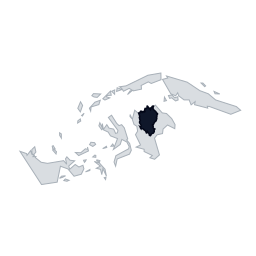 Kalimantan Tengah on a map of Indonesia (Equal Earth projection), rotated 146°
{"feature_id": "IDN-1931", "entity_name": "Kalimantan Tengah", "entity_type": "Province", "adm_level": 1, "iso_a3": "IDN", "parent_name": "Indonesia", "parent_adm1": "", "projection": "equal_earth", "projection_center": [113.429, -1.416], "detail": "fine", "context": "in_parent", "style": "filled", "palette": "ink", "viewbox_px": 256, "rotation_deg": 146, "n_neighbors": 0, "source": "natural_earth", "source_scale": "10m", "svg_char_len": 7687}
<svg xmlns="http://www.w3.org/2000/svg" viewBox="0 0 256 256"><g transform="rotate(146 128 128)"><path d="M89.6,101.3L93.6,108.4L99.5,107.5L102.5,104.1L107.7,106.1L111.7,104.8L117.0,88.1L123.4,87.2L126.5,91.1L123.2,91.6L127.8,99.5L126.5,101.3L131.9,107.6L127.1,106.9L125.5,118.3L121.8,120.0L119.7,124.5L121.0,127.6L119.6,132.7L112.5,139.0L110.9,133.3L108.1,134.7L105.0,131.5L99.7,135.2L99.0,131.2L92.5,131.7L91.2,121.4L88.0,118.5L86.5,111.4L87.1,104.5L89.6,101.3ZM24.7,79.7L35.1,81.9L48.5,100.3L50.1,101.7L50.8,99.9L59.8,110.1L57.6,112.3L62.7,111.9L61.6,117.1L65.8,119.9L68.0,126.4L67.1,129.4L70.5,128.1L73.4,132.5L72.2,149.0L67.1,147.2L67.0,149.6L53.3,132.9L47.5,118.7L42.3,111.5L39.7,102.3L26.2,85.2L24.7,79.7ZM231.3,129.5L230.6,169.1L226.4,163.5L227.0,161.8L221.4,163.7L222.4,159.8L220.9,157.7L221.4,157.4L222.3,157.6L222.8,157.4L220.3,155.8L221.4,155.4L219.2,148.2L214.5,143.7L199.6,136.9L199.1,132.2L197.0,137.4L194.8,138.3L194.1,133.7L190.6,130.6L198.4,129.6L199.5,126.4L192.2,127.3L190.5,123.1L186.2,122.3L187.4,118.8L192.6,115.8L199.7,118.2L200.7,127.7L205.4,134.1L217.0,122.7L231.3,129.5ZM158.6,107.6L153.5,111.8L139.1,110.4L137.4,112.0L136.8,117.0L139.5,122.0L143.7,118.7L152.1,118.4L142.6,125.1L146.9,131.3L146.7,135.7L149.5,140.4L143.7,142.6L143.8,138.5L140.5,135.1L141.3,130.4L139.5,129.9L137.7,131.6L138.4,147.7L134.5,147.8L134.8,138.2L134.1,135.0L131.4,134.3L131.0,130.2L134.3,119.1L135.8,118.9L135.3,114.2L137.7,107.7L141.4,105.5L154.3,108.4L159.6,103.3L158.6,107.6ZM73.6,149.6L83.8,151.9L85.4,154.9L93.3,155.9L95.1,152.7L102.8,155.8L104.9,160.2L111.2,161.0L111.1,164.7L112.0,166.9L106.0,164.0L82.0,160.6L70.0,155.2L73.6,149.6ZM171.5,108.4L175.8,104.0L173.9,109.1L176.8,112.3L172.2,111.8L174.6,119.1L171.3,115.1L170.1,106.7L172.8,100.2L171.5,108.4ZM173.6,131.1L184.3,132.7L185.3,137.1L181.0,133.9L175.0,134.6L173.3,132.8L172.2,134.9L173.6,131.1ZM148.9,166.0L141.0,167.9L135.5,166.5L139.1,163.7L146.8,166.1L149.5,162.9L148.9,166.0ZM126.3,163.2L131.5,164.1L132.5,166.3L121.9,168.4L123.6,164.5L127.2,166.7L128.4,165.9L126.3,163.2ZM158.5,168.0L158.6,172.4L152.7,176.3L153.0,172.1L158.5,168.0ZM73.4,123.8L74.9,128.6L76.9,129.3L76.3,132.3L73.2,130.8L72.3,126.9L69.3,126.1L70.8,123.2L73.4,123.8ZM219.8,163.9L215.8,164.6L217.8,159.6L221.0,158.6L221.9,160.4L219.8,163.9ZM136.4,170.6L138.8,172.7L139.9,175.0L137.4,175.8L131.7,171.5L136.4,170.6ZM167.5,132.4L169.2,135.7L166.7,136.9L163.9,134.5L164.0,132.5L167.5,132.4ZM111.5,163.3L117.0,164.7L114.5,167.4L111.5,163.3ZM120.2,163.5L121.0,167.6L117.7,167.0L120.2,163.5ZM83.2,130.0L80.5,133.2L80.8,129.2L83.2,130.0ZM202.2,146.7L202.8,151.9L201.6,152.2L200.5,148.4L202.2,146.7ZM109.7,156.0L105.5,157.6L103.6,156.7L109.7,156.0ZM150.8,141.3L150.9,146.1L148.4,148.1L149.4,141.7L150.8,141.3ZM32.9,104.9L36.7,107.7L36.2,110.2L32.9,104.9ZM42.3,124.4L40.8,123.4L40.1,119.5L41.3,119.4L42.3,124.4ZM187.4,162.3L186.6,160.4L188.9,156.9L188.8,160.0L187.4,162.3ZM183.4,114.1L187.8,115.4L182.8,114.9L183.4,114.1ZM156.5,123.7L160.5,125.1L156.1,124.9L156.5,123.7ZM148.9,143.7L146.8,146.0L148.7,141.7L148.9,143.7ZM206.1,117.6L208.4,118.0L210.6,120.3L208.5,120.8L206.1,117.6ZM167.0,160.3L165.5,162.0L162.5,162.2L163.3,160.2L167.0,160.3ZM202.0,152.8L201.0,155.3L199.9,155.2L200.1,151.3L202.0,152.8ZM173.4,123.7L170.7,124.1L170.0,123.3L171.1,121.7L173.4,123.7ZM206.5,123.3L209.8,123.7L212.9,124.6L209.9,125.2L206.5,123.3ZM149.7,120.8L152.4,122.4L149.6,123.3L149.7,120.8ZM175.5,100.1L173.7,99.6L175.4,97.8L175.5,100.1ZM156.1,164.8L159.1,163.4L159.5,164.3L156.1,164.8ZM183.3,123.9L182.9,126.1L180.5,125.0L181.7,124.3L183.3,123.9ZM119.9,136.5L118.7,138.0L119.6,133.4L119.9,136.5ZM170.7,115.6L172.2,118.5L171.6,119.0L169.5,116.7L170.7,115.6Z" fill="#d9dde1" stroke="#a8b0b8" stroke-width="1"/><path d="M110.8,134.5L110.7,134.5L110.6,134.4L110.6,134.2L110.8,134.0L110.9,133.6L111.0,133.4L111.0,133.2L110.9,133.4L110.7,133.8L110.5,134.1L110.2,134.2L109.9,134.0L109.9,133.8L109.9,133.2L109.8,133.4L109.8,133.6L109.6,134.1L109.3,134.2L109.2,134.3L108.9,134.5L108.6,134.7L108.1,134.8L107.7,134.7L107.7,134.2L107.8,134.0L107.8,133.7L107.8,133.4L107.7,133.0L107.6,132.9L107.2,132.9L107.1,133.0L106.9,133.1L106.9,133.3L106.5,133.4L106.4,133.3L106.4,133.1L106.3,132.9L106.2,132.9L106.4,133.4L106.5,133.5L106.2,133.2L105.9,132.9L105.8,132.7L105.7,132.4L105.5,132.2L105.3,132.1L105.0,131.4L105.0,131.8L105.0,132.1L104.9,132.2L104.6,132.4L104.6,132.5L104.7,132.8L104.8,132.8L105.0,132.8L103.4,134.3L103.2,134.4L103.1,134.5L103.0,134.4L102.9,134.5L102.7,134.6L102.1,134.0L101.9,133.9L101.7,133.8L101.3,133.9L100.9,134.2L100.2,135.1L100.0,135.3L99.9,135.4L99.6,135.2L99.6,134.7L99.6,134.2L99.5,133.0L99.5,132.8L99.6,132.3L99.6,132.0L99.3,131.3L99.2,131.1L99.2,130.8L99.2,130.7L99.2,130.4L99.0,130.5L99.1,131.0L98.9,131.2L98.9,131.3L99.0,131.5L98.8,131.7L98.5,131.9L98.4,132.0L98.2,132.0L98.2,131.9L98.2,131.7L97.9,131.5L97.5,131.4L97.3,131.4L97.2,131.5L96.1,132.3L95.8,132.4L95.6,132.4L95.4,132.4L95.0,132.1L94.8,132.1L94.7,132.0L94.8,131.9L94.9,131.6L95.1,131.6L95.3,131.5L95.6,131.3L95.6,131.2L95.8,131.1L96.0,130.9L96.0,130.6L96.5,130.3L96.5,130.1L96.6,129.9L96.5,129.7L96.4,129.5L96.4,129.3L96.4,128.8L96.5,128.4L95.9,126.6L95.8,126.2L95.8,125.8L95.8,125.7L95.9,125.0L95.9,124.6L96.0,124.3L96.0,124.2L95.9,124.1L95.9,123.9L95.9,123.7L95.7,123.8L95.5,123.7L95.5,123.4L95.6,123.2L95.9,122.9L96.0,122.9L96.3,122.9L96.3,123.0L96.4,122.9L96.6,122.7L96.8,122.4L97.2,122.1L97.3,122.0L97.4,121.7L97.5,121.6L97.7,121.3L98.0,121.2L98.3,121.0L98.4,120.8L98.5,120.8L98.5,120.7L98.5,120.4L98.5,120.2L98.7,119.9L98.8,119.8L99.2,119.4L99.7,119.1L100.2,118.6L100.6,118.5L100.7,118.3L100.8,118.2L101.4,118.1L101.7,118.2L101.8,118.2L102.0,118.2L102.5,118.0L102.6,117.9L102.8,117.9L103.0,117.9L103.8,117.5L103.9,117.3L104.4,117.1L104.5,117.0L104.6,116.9L104.9,116.8L105.0,116.8L105.3,116.8L105.4,116.6L105.6,116.5L105.8,116.8L105.9,117.0L106.0,117.0L106.1,116.9L106.1,116.6L106.2,116.3L106.2,116.2L106.0,115.9L106.0,115.7L106.3,115.1L106.6,115.0L106.7,114.9L106.8,114.8L106.8,114.6L106.9,114.4L107.0,114.1L107.0,113.9L106.9,113.5L106.9,113.3L106.9,113.2L106.8,112.9L106.6,112.6L106.5,112.4L106.3,112.1L106.5,112.0L106.8,111.9L107.0,112.0L107.3,112.0L107.5,111.8L107.7,111.7L107.7,111.3L107.8,111.2L107.9,110.9L108.1,110.6L108.2,110.4L108.3,110.3L108.4,110.2L108.5,110.2L108.8,110.1L109.0,110.0L109.3,109.9L109.5,109.7L109.8,109.7L110.0,109.6L110.4,109.7L110.5,109.8L111.1,110.0L112.4,109.8L112.5,109.7L112.9,109.4L113.2,109.4L113.3,109.3L113.3,109.2L113.7,109.1L113.8,109.1L113.9,109.3L114.0,109.4L114.1,109.6L114.2,110.0L114.3,110.2L114.3,110.3L114.2,110.4L114.0,110.7L113.8,111.4L113.7,111.6L113.7,112.0L113.8,112.2L113.8,112.5L114.0,113.0L114.0,113.3L113.8,113.7L113.8,114.0L113.8,114.3L113.8,114.6L114.1,114.5L114.3,114.3L114.4,114.2L114.8,113.6L115.2,113.4L115.4,113.5L115.5,113.6L115.4,113.8L115.4,114.3L115.2,114.6L115.2,115.0L115.2,115.4L115.2,115.5L115.2,115.8L115.2,116.2L115.3,116.5L115.6,117.2L115.7,117.3L115.7,117.6L115.8,118.3L116.0,118.7L116.0,118.8L116.0,119.0L116.3,119.3L116.5,119.5L116.8,119.6L117.0,119.8L117.0,120.0L117.3,120.3L117.5,120.3L117.6,120.2L117.6,121.0L117.6,121.4L117.5,121.5L117.3,122.1L117.2,122.2L117.2,122.3L117.0,122.0L117.0,121.9L116.9,121.9L116.4,122.2L116.1,122.3L115.8,122.4L115.8,122.5L115.7,122.6L115.4,124.4L115.4,124.6L115.5,124.8L115.5,125.1L115.5,125.4L115.4,125.6L115.3,125.8L115.4,126.0L114.8,126.8L114.6,127.0L114.3,127.1L113.5,127.4L113.4,127.5L113.4,127.8L113.4,128.0L113.5,128.1L113.5,128.4L113.4,128.7L113.3,128.9L113.1,129.2L113.1,129.3L113.0,129.6L112.9,130.0L112.8,130.3L112.4,130.4L112.4,130.5L112.2,130.8L111.8,131.0L111.7,131.2L111.6,131.3L111.5,131.9L110.8,134.5Z" fill="#0f172a" stroke="#020617" stroke-width="1.5"/></g></svg>